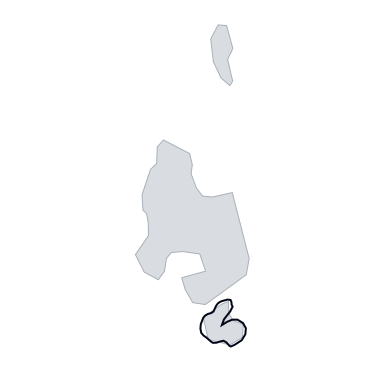 Eckerö highlighted on a map of Aland, rotated 259°
{"feature_id": "ALD-4812", "entity_name": "Eckerö", "entity_type": "state/province", "adm_level": 1, "iso_a3": "ALA", "parent_name": "Aland", "parent_adm1": "", "projection": "equal_earth", "projection_center": [19.596, 60.195], "detail": "fine", "context": "in_parent", "style": "outline", "palette": "ink", "viewbox_px": 384, "rotation_deg": 259, "n_neighbors": 0, "source": "natural_earth", "source_scale": "10m", "svg_char_len": 1281}
<svg xmlns="http://www.w3.org/2000/svg" viewBox="0 0 384 384"><g transform="rotate(259 192 192)"><path d="M170.6,143.2L179.4,143.3L183.4,140.4L198.8,142.4L222.1,155.6L226.8,162.8L242.9,166.5L248.5,173.9L230.1,197.1L218.6,197.5L210.1,194.6L195.0,197.1L186.1,201.5L183.2,211.1L183.7,231.4L115.9,235.4L100.4,229.5L79.0,183.6L83.2,171.7L97.5,166.7L109.8,165.6L111.7,190.3L129.7,187.8L135.3,171.5L136.6,160.1L131.7,154.3L119.4,149.8L112.3,142.2L122.5,129.8L141.3,124.5L157.6,141.0L170.6,143.2ZM76.1,199.3L77.6,206.9L66.5,205.0L58.0,207.6L52.3,217.1L39.7,213.7L34.7,200.1L44.0,179.8L66.4,179.1L76.1,199.3ZM351.0,249.5L348.8,257.7L325.1,259.5L315.2,252.2L293.1,253.1L289.2,249.5L298.3,242.3L315.8,237.8L338.7,239.6L351.0,249.5Z" fill="#d9dde1" stroke="#a8b0b8" stroke-width="1"/><path d="M69.5,187.7L70.6,190.3L75.6,193.9L77.6,196.0L78.6,198.1L79.2,200.3L79.6,206.4L78.7,209.2L76.4,209.7L73.8,209.4L71.7,210.0L67.5,206.7L60.9,199.1L55.7,196.0L57.9,201.8L59.0,207.2L58.0,212.3L53.7,217.0L48.0,218.9L42.1,217.2L37.0,212.5L34.0,205.1L33.2,202.0L33.0,200.4L34.3,199.1L37.9,197.0L40.0,194.5L39.9,191.0L39.4,187.3L39.9,183.8L41.4,182.2L46.7,178.1L48.8,176.0L52.0,174.2L56.3,174.2L60.5,175.4L66.2,178.9L68.1,181.1L69.2,184.0L69.5,187.7Z" fill="none" stroke="#020617" stroke-width="2"/></g></svg>